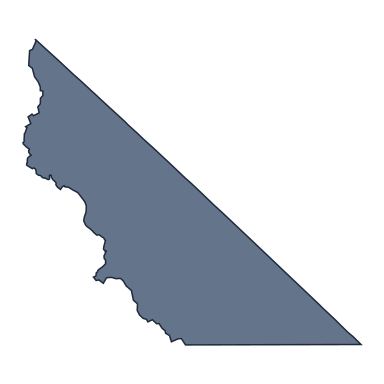 outline of Mono, California, United States of America
{"feature_id": "52423323B48171180316739", "entity_name": "Mono", "entity_type": "district", "adm_level": 2, "iso_a3": "USA", "parent_name": "United States of America", "parent_adm1": "California", "projection": "equal_earth", "projection_center": [-119.267, 38.088], "detail": "fine", "context": "isolated", "style": "filled", "palette": "slate", "viewbox_px": 384, "rotation_deg": 0, "n_neighbors": 0, "source": "geoboundaries", "source_scale": "gbopen_adm2", "svg_char_len": 2158}
<svg xmlns="http://www.w3.org/2000/svg" viewBox="0 0 384 384"><path d="M24.9,133.3L24.3,133.9L24.3,136.0L24.1,139.0L24.1,141.8L23.0,142.6L23.3,144.0L24.6,145.2L26.3,146.9L28.4,148.5L29.4,149.0L29.1,150.1L28.6,150.6L28.8,152.4L29.8,154.0L31.2,155.2L29.2,156.5L27.7,158.0L27.3,159.4L27.4,160.0L27.2,160.8L27.5,162.4L26.7,163.2L26.6,165.0L28.1,166.1L32.4,168.7L33.6,167.9L35.4,168.9L36.0,170.7L36.3,173.6L38.6,175.3L40.6,175.5L41.8,177.0L43.1,177.9L45.1,178.1L48.2,179.6L49.5,179.1L49.6,177.5L49.3,176.0L49.7,175.1L51.3,175.5L51.2,176.7L52.7,179.5L54.8,181.3L56.1,183.1L55.9,184.8L57.6,187.3L59.8,188.9L60.4,189.5L61.6,187.9L62.3,186.8L64.2,185.7L65.0,186.9L68.4,187.2L71.1,188.9L73.6,190.4L77.7,192.5L81.4,197.2L84.6,201.5L86.3,205.7L86.1,211.4L85.9,212.6L84.4,216.8L83.7,220.8L85.6,225.0L87.2,226.7L90.9,229.4L94.2,232.9L96.8,235.1L99.1,234.8L101.8,236.8L103.8,237.9L104.3,239.2L104.9,240.1L105.5,240.4L105.1,241.8L103.8,246.7L103.5,249.0L104.7,250.8L105.8,250.6L106.2,251.6L105.6,251.9L105.2,253.4L104.0,255.9L104.2,258.5L105.5,260.0L105.6,263.7L102.6,266.8L100.7,268.1L98.1,270.1L97.0,272.5L96.4,272.7L96.1,273.8L96.2,274.7L95.9,275.8L94.5,276.7L93.5,277.1L96.1,280.5L99.0,280.0L103.3,283.3L106.6,277.7L111.7,277.4L116.0,278.7L120.4,278.4L123.1,280.7L126.2,285.9L131.4,290.5L133.4,300.2L137.5,303.8L137.2,310.4L139.4,314.8L143.1,318.4L146.4,319.3L147.9,321.9L152.4,319.7L156.7,323.8L159.0,323.5L162.0,328.2L165.2,330.9L165.6,333.3L169.5,335.5L171.4,341.8L177.9,338.9L181.4,338.6L185.5,344.9L361.0,344.5L352.9,336.5L347.5,332.0L334.2,318.8L322.2,307.6L319.9,305.2L282.7,269.9L249.8,238.6L236.1,225.7L222.9,213.2L213.7,204.8L196.4,188.2L190.4,182.6L185.7,178.5L169.5,163.1L157.7,152.1L152.7,147.4L143.2,138.9L137.8,133.7L128.1,124.9L125.3,122.0L120.0,117.1L114.2,111.8L99.8,98.6L96.8,95.7L91.6,91.0L82.5,82.5L81.6,81.7L74.8,75.6L73.7,74.7L59.9,61.8L51.9,54.5L35.0,39.1L36.1,40.9L32.5,49.3L29.6,50.6L28.7,65.5L32.3,68.3L34.6,76.8L38.2,81.8L40.3,87.0L40.3,90.6L42.8,91.1L42.9,95.5L40.4,98.3L40.3,103.8L37.8,106.9L39.2,112.8L33.6,115.7L32.0,114.1L28.1,116.9L30.8,123.6L25.6,126.7L26.9,127.7L24.9,133.3Z" fill="#64748b" stroke="#1e293b" stroke-width="1.5"/></svg>